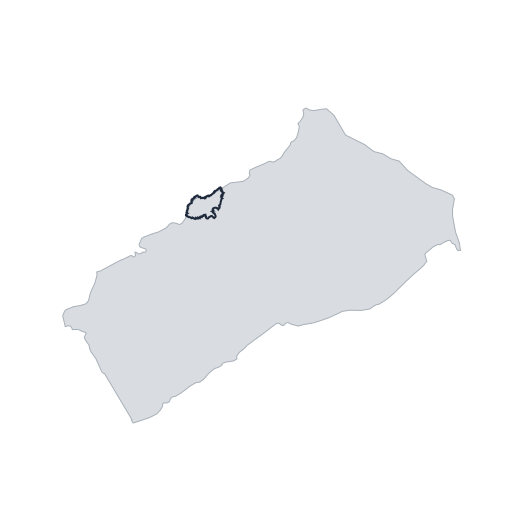 Nkwanta South Municipal, Volta, Ghana (highlighted), rotated 240°
{"feature_id": "2480657B13680530894334", "entity_name": "Nkwanta South Municipal", "entity_type": "district", "adm_level": 2, "iso_a3": "GHA", "parent_name": "Ghana", "parent_adm1": "Volta", "projection": "equal_earth", "projection_center": [0.469, 8.25], "detail": "fine", "context": "in_parent", "style": "outline", "palette": "slate", "viewbox_px": 512, "rotation_deg": 240, "n_neighbors": 0, "source": "geoboundaries", "source_scale": "gbopen_adm2", "svg_char_len": 7829}
<svg xmlns="http://www.w3.org/2000/svg" viewBox="0 0 512 512"><g transform="rotate(240 256 256)"><path d="M300.8,58.7L303.8,62.4L304.5,64.6L303.4,72.6L301.2,78.3L299.8,83.6L300.0,86.3L301.3,88.9L305.8,93.1L308.1,95.8L310.9,99.9L314.0,103.9L319.4,109.1L321.7,110.0L321.6,111.5L320.8,113.5L320.3,133.0L319.9,138.0L319.5,140.5L319.0,147.8L318.4,148.8L317.4,148.7L316.5,149.0L316.3,150.5L316.6,152.0L319.9,153.0L319.2,154.1L316.8,155.1L315.6,157.3L316.1,159.8L314.8,161.8L315.2,163.1L316.0,164.1L317.4,163.8L321.2,160.4L322.8,160.0L324.7,160.7L328.4,165.9L328.5,168.4L327.1,176.9L325.6,183.6L325.3,192.4L326.9,197.4L326.7,200.1L325.0,202.4L321.3,205.8L321.5,208.2L323.2,212.5L326.4,217.4L332.6,223.3L335.8,231.2L335.9,234.3L334.0,237.5L331.8,240.3L331.1,244.2L332.1,270.4L327.2,281.8L327.1,285.0L327.6,288.8L328.9,291.1L331.4,291.7L333.5,293.9L332.8,301.8L331.7,310.0L331.5,313.9L330.9,315.8L329.0,317.3L328.3,319.9L328.7,323.1L328.4,325.4L329.4,328.4L331.6,332.2L335.2,341.6L336.6,342.4L337.2,344.3L336.8,346.2L338.2,350.4L342.2,354.6L346.4,358.2L349.8,358.7L350.6,361.9L352.8,366.1L354.4,367.9L357.0,369.1L359.1,369.7L359.2,373.2L355.4,375.6L352.8,379.2L350.9,384.7L348.2,390.7L338.8,393.9L335.2,393.9L316.0,394.0L298.0,405.9L287.6,410.2L281.2,416.8L272.6,421.6L266.7,427.4L254.2,430.1L233.8,439.2L227.4,442.8L221.0,449.1L210.5,456.5L206.3,456.4L198.1,449.5L192.0,446.1L176.8,440.7L165.6,438.7L160.1,436.4L158.6,436.0L159.9,433.5L163.0,433.4L166.3,434.1L168.8,432.2L172.5,432.0L173.5,430.0L173.8,425.0L173.8,421.0L175.1,419.2L175.4,414.4L173.6,403.9L172.3,402.7L165.8,401.2L165.3,399.1L164.1,396.9L162.8,391.5L161.4,383.4L159.1,373.4L154.8,356.9L153.7,351.1L152.9,345.2L152.8,338.1L153.7,335.5L153.6,331.8L153.2,328.1L156.3,319.8L162.5,309.5L163.8,305.8L164.9,303.2L165.1,299.5L166.2,287.6L169.1,273.1L171.0,267.7L172.2,264.7L173.7,259.9L174.1,257.6L179.8,252.0L182.4,250.5L183.0,248.2L182.1,245.8L182.5,244.1L183.8,243.3L185.9,242.6L187.4,240.3L185.1,222.5L183.2,204.8L183.1,203.3L182.0,200.8L180.9,193.5L179.0,189.2L176.3,188.0L176.4,183.9L179.1,177.1L179.8,173.1L178.5,171.9L178.3,168.8L179.2,163.8L178.8,160.7L178.3,157.4L175.6,149.6L174.9,144.1L176.4,140.9L176.3,133.9L174.9,123.1L174.7,116.2L175.7,113.4L175.2,110.7L173.2,108.1L173.1,105.6L174.8,103.2L174.6,101.3L172.5,99.9L170.6,96.6L168.9,91.3L169.3,82.8L172.5,67.3L172.9,66.0L176.5,66.1L176.5,66.7L187.8,66.6L200.6,66.4L216.0,66.2L229.9,66.0L230.5,65.3L232.8,64.5L246.9,66.0L255.7,65.2L259.5,65.8L262.2,66.8L268.3,66.2L271.5,66.6L274.0,70.4L275.0,70.4L276.3,68.8L278.8,66.9L281.2,65.4L283.0,62.4L284.1,60.1L285.7,60.5L288.0,60.4L289.5,58.5L290.2,55.5L300.8,58.7Z" fill="#d9dde1" stroke="#a8b0b8" stroke-width="1"/><path d="M332.9,259.5L333.1,259.5L333.1,259.1L333.3,258.7L333.1,258.6L333.3,258.4L333.1,258.1L333.0,257.9L333.1,257.6L332.8,257.3L332.9,257.2L333.0,256.8L332.9,256.7L332.8,256.4L333.0,256.0L332.9,255.7L332.7,255.6L332.7,255.3L332.6,255.1L332.6,254.7L332.6,254.2L332.6,253.6L332.5,253.3L332.4,253.0L332.9,252.9L332.9,252.5L332.8,252.3L332.7,252.4L332.5,252.2L332.4,252.0L332.3,251.7L331.9,251.8L331.8,251.7L331.6,250.9L331.7,250.6L331.7,250.3L331.8,250.1L331.8,249.7L331.7,249.4L331.6,249.6L331.4,248.4L331.1,247.5L331.2,247.1L331.2,246.9L331.3,247.0L331.5,246.9L331.4,246.1L331.6,245.4L331.4,244.8L331.5,244.7L332.2,244.7L332.2,244.4L332.3,244.3L332.2,244.1L332.4,243.7L332.3,242.9L332.2,242.6L332.4,242.5L332.4,242.3L332.5,242.1L332.5,241.8L332.2,242.0L331.9,241.7L331.4,241.2L331.4,240.4L332.0,240.0L332.3,239.8L332.4,240.0L332.6,239.9L332.7,239.6L333.0,239.3L333.1,238.9L333.0,238.6L333.4,238.1L333.6,238.0L333.6,237.6L333.5,237.4L333.6,237.1L334.0,237.1L334.9,237.1L335.3,237.2L335.6,236.7L335.7,236.2L335.7,235.9L336.0,235.7L337.4,235.8L337.7,235.7L337.8,235.5L337.9,235.3L337.9,235.1L337.9,234.9L337.9,234.4L337.8,234.0L337.9,233.6L337.9,233.2L337.8,232.8L337.9,232.5L337.7,232.3L337.9,232.0L337.8,231.9L337.5,231.8L337.3,231.9L337.4,231.5L337.2,231.4L337.1,231.5L337.0,231.3L337.0,231.2L336.9,230.9L337.0,230.8L337.0,230.7L336.9,230.6L337.0,230.4L336.9,230.3L336.9,230.1L336.9,229.9L337.0,229.8L336.9,229.7L337.0,229.6L336.9,229.5L336.9,229.3L336.7,229.2L336.4,229.0L336.5,228.9L336.8,228.8L336.7,228.7L336.2,228.6L336.3,228.4L336.2,228.3L336.3,228.1L336.1,228.1L335.9,228.0L335.8,227.6L335.5,227.7L335.3,227.6L335.2,227.3L334.6,227.0L334.4,227.1L334.2,227.0L334.3,226.7L334.2,226.6L334.3,226.5L334.2,226.2L334.3,226.1L334.3,225.8L334.3,225.6L334.2,225.3L334.3,225.1L334.4,224.9L334.2,224.5L334.2,224.4L334.1,224.1L334.1,223.8L333.9,223.6L334.0,222.9L334.0,222.7L333.9,222.5L333.7,222.2L333.2,222.3L333.0,221.9L333.2,221.6L332.8,221.3L332.4,221.3L332.1,221.1L331.9,220.9L331.4,221.0L331.2,220.6L331.2,220.4L330.7,220.3L330.5,220.0L330.2,219.7L330.2,219.3L330.0,219.0L329.9,218.9L329.7,218.7L329.4,218.7L329.2,218.6L328.8,218.2L328.8,217.9L328.6,217.7L328.3,217.9L327.9,218.0L327.5,217.5L327.3,217.4L327.2,217.5L327.2,217.4L327.3,217.2L327.2,217.0L327.1,216.8L327.0,216.2L326.8,216.0L326.6,215.9L326.4,216.0L326.3,215.9L326.2,216.0L326.3,216.2L325.8,215.8L325.2,215.9L324.8,216.4L324.8,216.6L324.5,216.7L324.3,216.6L323.8,216.9L323.6,216.9L323.4,217.1L323.4,217.3L323.2,217.4L322.8,218.0L322.6,218.3L322.0,218.6L321.9,218.8L321.2,218.9L321.0,219.8L320.8,219.9L320.7,219.8L320.6,220.1L320.8,220.4L320.5,220.5L320.3,220.7L319.9,220.8L319.9,221.0L319.5,221.3L319.3,221.6L319.0,221.6L318.8,221.5L318.6,221.7L318.7,221.8L318.8,222.1L318.8,222.4L318.9,222.5L319.0,222.7L318.7,222.7L318.6,222.8L318.6,223.1L318.0,223.3L317.9,223.4L317.9,223.7L318.2,224.0L318.0,224.3L318.2,224.5L317.8,224.6L317.6,224.7L317.6,224.9L317.8,225.1L317.8,225.3L317.6,225.2L317.3,225.2L317.4,225.8L317.2,225.9L317.1,226.0L317.3,226.3L317.0,226.4L317.2,226.6L317.3,226.8L317.8,227.0L317.9,227.3L317.7,227.5L317.6,227.4L317.4,227.4L317.2,227.4L317.2,227.6L317.1,227.8L317.2,228.1L317.0,228.3L317.0,228.6L316.8,228.7L316.9,228.9L317.2,228.9L317.5,229.0L317.3,229.3L317.2,230.0L317.4,230.5L317.2,230.8L316.9,230.6L316.8,230.9L317.1,231.4L317.5,231.5L317.2,232.0L317.3,232.5L317.1,232.8L316.7,232.5L315.1,232.5L314.5,231.9L313.9,231.9L313.4,232.0L312.8,232.5L312.6,232.9L312.5,233.2L313.1,234.5L313.1,235.1L313.0,236.3L313.1,237.1L312.9,237.5L312.7,237.8L311.8,238.0L311.5,238.2L310.7,238.3L309.7,238.8L310.1,240.4L310.7,241.0L312.2,241.2L312.9,241.4L313.4,241.1L313.8,241.2L314.2,240.7L314.7,240.8L315.4,240.4L315.6,240.5L316.2,241.1L316.3,241.1L316.3,240.9L316.6,240.6L316.6,240.9L316.8,240.9L316.9,241.1L316.7,241.1L316.8,241.4L316.7,241.6L317.0,241.5L317.5,241.9L317.8,241.8L317.9,242.0L318.0,242.0L318.3,242.1L318.4,242.7L318.7,243.0L318.4,244.4L318.0,245.3L317.7,245.5L317.5,245.9L317.2,246.1L316.8,246.0L316.6,246.2L316.6,246.3L316.1,246.4L316.0,246.6L315.5,246.6L315.2,246.6L315.4,247.0L315.5,246.9L315.7,247.1L315.7,247.3L315.8,247.4L316.0,247.3L316.0,247.5L315.9,247.6L315.9,247.9L316.0,248.1L315.9,248.3L316.0,248.4L316.1,248.5L316.4,248.9L316.6,248.9L316.6,249.0L317.1,249.3L317.5,249.3L317.6,249.2L318.1,249.2L318.3,249.6L318.3,249.8L318.4,250.0L318.4,250.3L318.4,250.8L320.3,252.3L322.9,254.9L322.7,255.3L322.7,255.5L323.1,255.3L323.3,255.5L324.1,255.6L324.3,256.1L324.4,255.9L324.7,255.6L324.8,255.8L324.9,255.6L325.0,255.7L325.2,255.8L325.3,256.2L325.5,256.2L325.8,256.2L325.9,256.4L325.8,256.6L326.0,256.7L326.0,256.8L326.0,257.0L325.9,257.0L326.0,257.1L325.9,257.2L325.7,257.4L325.7,257.5L325.9,257.7L325.8,257.9L325.9,258.1L326.2,258.2L326.2,258.4L326.4,258.4L326.7,258.9L326.7,259.3L326.8,259.6L327.2,259.3L327.3,259.3L327.4,259.1L327.6,258.7L327.8,258.7L328.0,258.7L328.7,259.1L328.8,259.1L329.1,258.8L329.4,258.9L329.6,258.8L329.8,258.4L330.1,258.4L330.2,258.7L330.4,258.8L330.4,259.0L330.6,258.9L330.8,259.3L331.2,259.5L331.3,259.3L331.5,259.4L331.5,259.7L331.9,259.7L332.2,259.5L332.7,259.6L332.9,259.5Z" fill="none" stroke="#1e293b" stroke-width="2"/></g></svg>